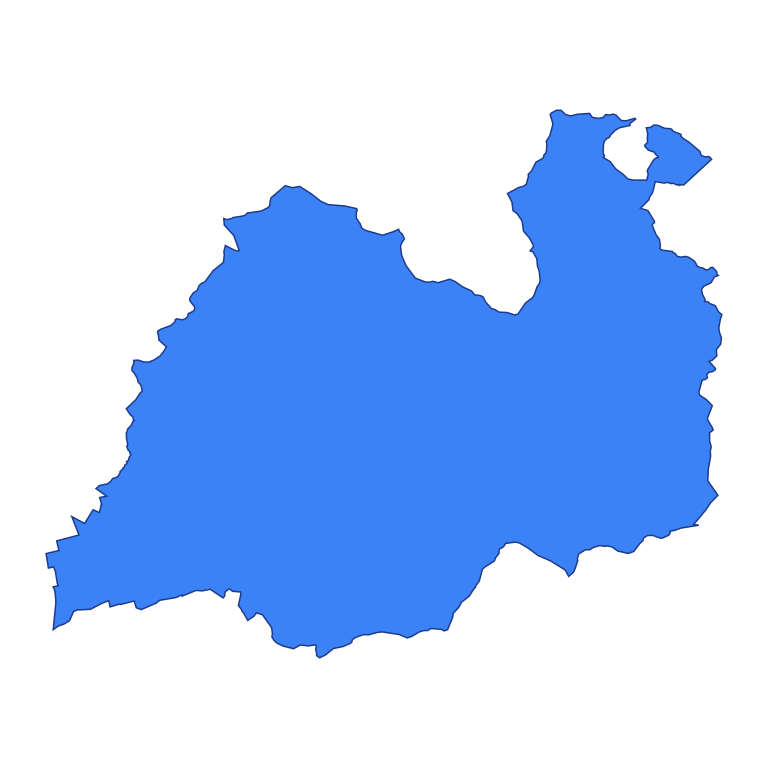 outline of Gheorgheni, Harghita, Romania
{"feature_id": "2599482B22806778816742", "entity_name": "Gheorgheni", "entity_type": "district", "adm_level": 2, "iso_a3": "ROU", "parent_name": "Romania", "parent_adm1": "Harghita", "projection": "natural_earth1", "projection_center": [25.7, 46.772], "detail": "fine", "context": "isolated", "style": "filled", "palette": "blue", "viewbox_px": 768, "rotation_deg": 0, "n_neighbors": 0, "source": "geoboundaries", "source_scale": "gbopen_adm2", "svg_char_len": 6104}
<svg xmlns="http://www.w3.org/2000/svg" viewBox="0 0 768 768"><path d="M53.2,629.7L58.3,626.0L63.9,624.1L69.5,620.7L73.5,611.7L76.7,610.0L90.5,609.3L101.9,603.3L108.7,600.6L110.1,606.9L120.1,603.9L120.5,604.5L134.2,601.0L136.3,607.8L141.2,609.6L156.0,603.2L159.7,600.3L176.2,597.5L181.3,595.0L182.3,596.3L183.0,595.2L183.6,595.5L196.1,590.4L202.1,590.9L210.3,589.3L223.0,597.9L224.6,596.3L224.9,592.7L225.8,591.3L229.2,588.8L232.6,591.3L240.6,592.0L240.9,594.2L238.4,605.5L241.7,609.9L242.1,611.5L243.4,612.6L247.7,620.4L254.0,616.2L256.4,612.8L262.5,614.8L270.8,626.5L271.8,628.6L272.4,633.9L271.9,637.0L274.2,640.6L277.1,643.2L283.2,646.1L293.6,648.7L300.3,645.0L308.0,645.9L315.6,644.9L316.4,646.2L315.6,649.6L316.6,652.7L316.6,655.6L319.6,657.8L325.4,655.0L333.5,648.5L342.7,646.6L350.4,643.4L351.8,642.1L352.4,639.6L355.4,637.5L363.6,634.6L368.7,634.8L377.4,632.4L382.0,631.9L399.1,634.5L407.4,637.9L412.2,636.2L419.0,632.1L423.6,630.6L427.8,630.5L430.8,628.5L441.4,629.3L444.2,630.9L447.6,629.7L452.8,617.0L453.1,613.5L458.8,607.3L461.5,602.2L469.2,596.2L474.4,588.1L475.4,587.6L475.6,586.0L479.3,581.0L482.3,569.5L484.7,567.1L494.4,561.0L495.6,557.8L499.1,553.1L498.9,550.9L499.8,548.7L502.6,547.5L504.5,545.5L505.5,543.4L515.6,542.1L519.5,543.0L528.4,548.3L538.1,555.5L550.3,560.8L565.1,569.9L568.7,576.4L573.4,572.3L575.2,568.5L577.7,560.9L577.4,558.5L578.8,553.9L585.4,549.8L589.8,549.7L593.5,547.4L599.8,545.6L604.3,546.3L607.8,546.0L612.1,547.0L617.7,551.0L627.8,553.4L630.3,552.8L633.8,551.4L639.6,543.8L642.9,540.6L643.7,537.9L647.6,535.5L652.8,535.4L660.3,538.2L662.8,537.9L668.8,535.2L670.3,532.5L670.0,531.1L674.4,530.5L680.9,528.1L698.8,525.2L693.6,524.5L705.3,510.6L710.8,502.5L717.9,495.3L707.8,480.8L708.3,469.2L710.6,456.2L710.3,451.2L711.2,446.5L709.6,441.1L709.6,432.8L713.1,430.1L712.2,427.4L708.0,420.5L707.4,418.2L712.3,405.7L706.5,399.7L699.9,395.3L699.1,393.8L699.0,391.5L702.0,380.6L703.7,379.5L704.9,379.7L707.4,377.8L706.8,374.5L708.8,372.3L712.6,371.6L715.2,369.9L715.5,368.5L709.1,361.5L712.2,360.2L716.8,356.0L716.3,349.7L720.7,344.1L721.4,337.8L719.2,331.6L718.9,327.5L720.3,319.5L721.9,314.6L718.7,312.0L715.3,305.7L710.2,303.7L707.5,301.7L704.6,301.3L705.1,299.6L702.7,294.9L701.7,291.3L701.9,288.7L704.0,286.1L711.0,282.8L714.4,276.9L718.3,275.5L717.2,274.6L716.6,271.5L712.9,267.4L710.8,267.5L708.7,269.5L705.9,270.0L703.1,268.1L700.2,267.6L696.6,265.8L696.6,264.7L694.4,261.1L688.8,257.3L685.7,256.4L681.2,257.1L678.3,256.6L677.0,256.2L675.2,253.5L672.9,252.6L672.6,251.5L661.3,250.0L659.9,248.5L660.4,245.8L659.4,239.2L656.0,234.6L652.2,225.3L652.7,223.9L654.5,222.7L654.4,221.3L647.9,210.6L640.5,208.3L649.0,199.7L649.7,197.0L652.7,192.3L655.3,181.6L664.1,183.1L667.7,182.4L671.0,183.6L673.4,183.3L676.9,185.0L679.1,184.5L679.3,185.4L681.8,184.6L683.6,185.0L711.6,159.3L709.2,156.6L705.3,156.9L702.1,155.9L701.0,154.7L699.8,151.3L688.6,141.9L683.0,138.3L681.0,136.3L681.0,134.4L673.2,131.3L671.7,129.2L670.4,128.7L664.7,128.3L657.8,125.3L653.9,125.0L650.7,127.3L646.3,127.8L647.7,133.7L647.3,138.3L647.6,142.3L644.8,145.2L644.8,146.3L648.3,150.1L654.3,152.2L655.7,154.5L657.8,156.1L658.3,157.5L656.5,157.6L653.5,160.1L647.8,169.4L647.3,171.5L648.2,174.0L646.8,180.1L633.6,180.1L628.0,179.0L623.3,174.5L615.5,168.7L610.3,161.7L603.2,157.4L604.5,156.1L603.2,152.8L603.4,145.5L604.2,141.6L606.6,138.7L609.2,137.5L610.9,134.6L615.4,130.2L619.4,127.8L630.1,125.4L629.6,123.7L635.7,119.1L635.0,118.3L626.0,120.8L622.2,120.6L620.9,120.2L616.0,115.1L613.2,114.1L609.3,115.0L605.6,114.6L603.1,117.5L598.4,118.4L592.2,117.3L589.6,113.4L577.9,114.2L570.6,115.9L565.5,114.5L561.0,110.2L556.4,110.3L551.2,113.1L550.2,114.8L552.8,123.4L552.5,125.9L549.8,135.7L546.2,141.5L546.9,144.0L546.5,150.5L545.7,153.1L543.8,155.2L543.6,157.2L541.7,159.0L536.0,162.1L531.5,170.9L528.2,174.4L528.5,176.2L526.3,184.3L523.6,186.2L518.7,187.5L507.5,193.5L512.0,202.2L513.0,210.6L517.2,213.7L522.1,221.0L523.5,231.1L529.6,238.2L533.2,245.0L533.1,247.0L530.1,250.9L532.8,251.7L536.8,258.6L537.5,266.5L539.1,270.6L540.2,280.2L539.2,283.9L537.0,286.9L534.3,294.8L532.5,297.7L525.6,302.9L518.0,314.0L514.7,315.0L507.1,312.5L498.9,312.1L495.2,309.7L491.4,308.5L485.6,302.0L483.0,296.8L480.0,295.5L474.5,294.8L471.6,291.0L462.9,287.0L454.7,281.3L449.7,279.2L438.2,282.7L432.5,281.3L429.9,282.2L425.2,281.9L415.3,278.1L406.1,265.8L401.6,255.3L400.5,246.0L402.0,242.3L404.4,238.9L402.3,234.2L399.4,231.5L398.6,229.3L393.6,231.6L382.6,235.2L365.5,230.4L361.8,228.1L360.1,223.7L356.3,218.0L356.3,213.0L357.2,210.0L356.6,208.6L345.0,206.0L328.2,204.6L320.8,201.3L311.1,193.7L299.6,186.4L292.3,187.7L285.2,185.7L271.1,197.8L270.1,201.1L269.9,204.9L268.4,207.4L261.1,211.1L247.2,213.0L245.8,214.9L242.9,216.0L232.7,217.6L231.7,218.5L226.9,219.6L223.8,218.6L224.3,225.1L233.8,235.5L239.2,250.6L236.9,251.0L233.5,249.7L225.4,245.5L223.9,251.6L224.3,255.2L223.4,262.4L213.1,270.7L204.8,282.0L201.6,283.3L199.3,285.4L197.0,290.6L193.5,292.7L190.3,297.2L189.6,299.2L190.0,301.0L194.4,306.6L194.7,308.9L193.8,311.0L188.3,313.6L187.5,316.8L185.0,319.0L181.9,319.8L176.8,318.8L175.3,319.7L175.1,321.6L171.0,325.4L160.9,329.2L157.9,331.0L157.5,332.5L158.4,334.9L158.9,340.1L166.4,346.8L164.0,351.0L159.9,356.1L153.9,360.0L148.6,362.2L143.5,361.9L138.1,360.1L133.7,360.4L134.0,362.8L131.9,368.0L132.1,370.8L133.8,372.5L137.2,378.0L138.2,382.3L140.8,384.9L142.4,391.3L140.4,392.6L135.8,399.7L126.3,408.7L130.3,414.8L133.1,417.2L133.4,419.4L134.2,420.4L133.1,421.1L131.4,425.1L127.5,429.3L127.1,431.8L126.4,432.4L126.4,438.2L127.8,444.8L126.7,446.2L128.0,449.9L130.1,452.1L129.8,453.2L131.0,454.9L129.2,457.2L128.4,460.5L126.5,461.6L127.3,462.5L126.6,463.8L125.1,464.8L124.1,467.4L122.7,468.2L122.6,469.3L120.1,471.4L120.1,472.6L118.0,476.3L115.5,477.8L112.8,478.4L110.6,481.4L107.5,483.9L99.4,485.5L96.0,488.6L106.7,496.2L99.7,497.5L101.7,504.7L101.2,504.7L99.4,512.5L93.1,509.8L84.6,523.5L71.8,516.6L79.0,535.0L56.7,540.9L58.9,550.5L46.1,553.6L48.4,568.1L53.5,566.9L55.4,571.4L57.3,583.5L58.3,585.7L53.1,586.9L54.4,589.4L55.3,594.2L55.9,602.4L53.2,629.7Z" fill="#3b82f6" stroke="#1e3a8a" stroke-width="1.5"/></svg>